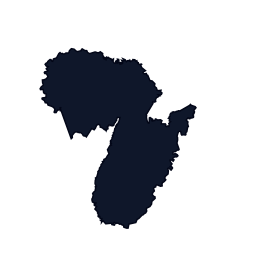 Zapotillo, Loja, Ecuador, rotated 340°
{"feature_id": "8360857B34607676191169", "entity_name": "Zapotillo", "entity_type": "district", "adm_level": 2, "iso_a3": "ECU", "parent_name": "Ecuador", "parent_adm1": "Loja", "projection": "mercator", "projection_center": [-80.325, -4.234], "detail": "fine", "context": "isolated", "style": "filled", "palette": "ink", "viewbox_px": 256, "rotation_deg": 340, "n_neighbors": 0, "source": "geoboundaries", "source_scale": "gbopen_adm2", "svg_char_len": 5837}
<svg xmlns="http://www.w3.org/2000/svg" viewBox="0 0 256 256"><g transform="rotate(340 128 128)"><path d="M171.9,103.8L169.3,103.3L168.2,102.2L168.4,100.1L167.1,97.8L168.4,95.6L166.8,92.1L164.8,90.9L164.6,85.3L163.9,84.6L163.8,83.0L161.8,82.7L161.0,81.4L161.0,80.9L161.6,80.5L164.0,80.1L161.6,76.1L161.3,73.5L162.6,72.8L162.3,72.4L160.7,72.3L159.7,71.5L159.4,70.7L159.9,70.6L160.0,70.1L159.2,69.5L159.3,67.8L158.0,67.9L157.8,66.2L156.0,65.4L155.8,66.0L153.2,66.5L152.9,64.9L152.1,65.5L151.4,64.7L150.5,64.6L149.2,65.1L148.7,62.9L147.0,61.3L147.4,63.4L146.6,63.5L145.2,62.3L145.4,64.3L144.9,65.5L144.4,65.5L144.0,64.4L142.9,63.7L142.9,65.5L142.5,65.5L142.0,64.8L142.2,64.2L141.2,62.7L140.6,62.7L140.0,63.5L139.5,63.1L140.3,61.9L142.4,61.7L142.7,60.4L141.6,59.7L141.4,60.8L139.4,61.0L139.0,61.5L139.5,62.3L138.0,62.8L137.2,62.2L136.3,59.1L137.5,59.2L137.9,58.2L137.1,58.4L135.5,57.7L135.6,57.0L134.5,56.4L133.7,54.9L132.7,54.9L132.2,54.0L131.6,54.2L132.3,55.2L131.5,55.5L130.8,56.4L129.8,55.5L130.7,54.7L129.7,53.5L129.5,54.6L128.8,54.5L128.7,53.3L129.5,52.7L129.0,50.8L129.7,49.3L128.0,46.9L126.5,47.3L124.4,46.5L123.8,45.7L122.9,45.3L117.4,45.0L115.8,43.2L115.7,41.2L114.0,40.5L112.0,38.0L111.1,38.3L110.6,39.3L106.8,39.0L105.7,38.2L104.3,35.5L101.9,34.1L99.6,35.2L98.8,36.0L98.6,36.9L97.5,37.1L95.3,36.3L93.0,36.8L91.9,35.5L91.3,35.6L90.3,34.8L89.9,33.9L88.5,34.4L84.8,37.7L81.6,37.6L80.0,39.6L79.3,39.2L79.0,37.4L78.1,37.0L75.5,38.0L74.5,39.0L73.2,39.1L71.9,39.8L72.4,41.9L74.0,43.1L71.4,44.4L72.4,46.7L71.8,47.0L68.8,46.8L68.3,47.4L68.5,48.4L69.5,48.8L70.0,49.5L70.4,52.4L68.0,53.8L65.6,54.0L64.0,53.6L63.2,56.4L63.3,57.9L62.9,58.9L60.7,59.6L58.9,61.0L58.9,62.0L61.5,62.8L60.8,66.0L61.5,67.2L62.6,67.9L62.6,68.5L61.3,71.2L57.9,70.5L57.4,70.6L57.2,71.5L58.8,73.6L58.9,76.0L60.3,76.5L60.8,77.8L60.7,79.1L63.7,81.5L65.2,83.3L65.7,85.6L64.0,87.8L64.4,88.5L65.7,88.9L68.2,86.9L69.1,87.5L70.1,87.4L71.1,85.7L71.7,85.9L70.8,87.3L71.0,88.0L70.5,88.7L71.1,88.9L71.0,118.6L72.4,118.0L73.0,115.9L76.0,114.0L77.5,113.7L79.3,114.6L79.6,115.2L80.3,115.2L81.1,116.0L82.2,116.2L83.2,118.3L83.3,119.7L84.0,120.5L85.4,121.1L85.8,122.1L93.7,116.1L95.6,118.1L97.3,117.0L99.7,114.4L100.4,114.6L101.2,114.2L102.5,115.4L102.6,116.7L102.2,117.6L104.0,119.1L105.1,121.2L105.8,121.3L105.9,122.2L106.6,122.3L106.6,123.1L107.7,122.0L108.9,121.9L109.2,120.6L108.9,119.9L110.0,119.3L110.6,119.5L111.0,118.6L111.8,118.7L113.0,120.2L113.8,120.0L114.2,120.7L115.4,120.7L117.0,118.6L117.9,118.5L119.0,117.2L119.8,117.2L120.0,116.3L121.6,114.4L124.0,115.4L121.9,118.6L118.8,121.4L118.6,120.9L117.5,121.8L117.5,122.4L117.0,122.4L116.2,123.8L115.5,123.9L113.9,126.6L113.0,127.6L112.5,127.6L112.6,128.6L111.5,129.3L111.4,130.1L110.8,129.9L110.6,131.2L109.7,131.6L109.3,132.7L108.2,133.6L107.4,133.9L107.3,134.7L107.0,134.5L106.7,135.1L106.8,136.4L106.3,136.7L106.9,137.0L105.7,138.1L106.0,138.4L104.8,138.5L101.3,141.4L101.3,145.9L99.5,146.8L96.8,149.1L94.6,149.3L93.9,151.0L92.5,150.8L92.6,152.1L90.2,153.2L89.5,154.7L87.5,155.9L86.8,157.4L84.7,158.8L84.5,159.8L81.8,163.5L80.3,163.9L80.4,164.8L79.4,165.9L78.1,168.8L78.0,170.1L78.4,171.8L77.2,172.0L77.1,173.4L76.2,174.6L76.2,175.5L73.3,176.8L72.3,177.7L72.5,179.0L70.8,181.6L69.9,182.3L69.5,183.3L69.3,185.4L71.1,187.0L72.3,187.3L72.0,188.0L71.4,188.3L71.2,187.3L70.5,187.4L69.9,189.2L71.6,191.0L69.2,192.8L71.1,197.0L70.3,197.4L70.7,198.9L70.1,199.7L70.8,200.8L69.8,201.1L70.2,201.7L71.1,201.9L70.8,203.8L72.4,204.2L71.6,205.5L70.8,205.7L71.5,206.3L70.9,207.6L71.8,207.0L72.9,206.9L74.3,210.4L79.9,211.8L80.2,212.1L79.8,213.2L81.9,214.6L82.3,214.4L81.9,213.6L82.0,212.2L82.9,212.0L83.9,213.6L85.0,213.5L86.6,214.5L87.0,215.4L88.6,215.9L89.2,217.0L90.5,217.9L90.2,219.8L92.4,221.6L93.8,222.1L96.0,218.6L103.0,219.5L105.3,217.0L107.1,216.8L111.4,214.7L112.7,214.7L113.7,214.1L115.6,213.8L117.2,212.4L117.4,210.7L118.1,209.7L121.7,209.3L124.1,207.6L125.3,205.1L129.4,203.4L129.8,201.9L129.0,201.2L128.0,199.3L129.0,197.3L131.2,196.2L131.3,193.8L132.0,192.8L133.9,192.8L134.5,191.6L135.7,191.2L138.7,193.9L140.3,194.1L140.8,192.2L141.7,191.2L143.8,190.7L145.8,189.6L145.2,187.8L146.5,186.2L149.9,184.9L151.2,182.2L151.5,179.7L152.3,179.5L153.3,180.1L153.4,181.4L154.1,182.3L156.1,180.9L156.2,180.3L155.7,179.3L154.6,178.6L157.1,176.8L156.3,174.4L156.4,172.8L156.7,172.4L157.6,172.6L159.1,174.6L160.3,173.7L159.4,172.8L159.6,171.9L161.9,171.0L163.9,171.8L165.4,171.2L165.2,170.1L164.3,168.8L163.4,168.2L161.7,168.2L161.2,167.6L162.2,165.9L164.3,166.4L166.7,165.6L168.0,166.0L168.7,165.5L168.8,158.9L170.5,156.3L171.3,153.9L171.2,152.6L173.5,149.5L174.6,148.6L175.9,148.9L176.3,149.5L175.9,152.1L176.1,153.0L178.2,153.4L179.4,154.2L180.1,154.0L180.7,152.1L182.0,151.6L184.3,147.6L185.2,147.3L185.5,144.3L186.4,142.8L185.4,140.4L187.9,138.9L188.3,139.1L188.6,140.3L189.6,140.4L190.0,139.7L190.9,139.8L191.2,140.4L193.1,140.4L193.7,139.2L193.2,138.5L193.8,138.0L193.8,137.2L194.1,136.8L194.8,137.0L195.0,136.3L195.4,136.4L196.0,135.6L195.8,134.0L198.8,132.2L198.4,130.9L195.2,128.3L194.7,127.2L193.7,127.8L182.7,129.7L181.1,129.0L180.7,129.4L179.0,128.9L177.9,129.3L176.3,128.4L175.6,128.7L175.1,128.2L174.4,128.9L173.1,128.8L172.0,130.0L171.8,131.2L170.8,131.3L170.4,132.2L169.3,132.7L170.3,133.7L169.2,135.4L170.2,136.7L167.9,137.7L167.9,139.3L166.8,140.4L166.2,139.7L164.5,139.7L164.0,139.2L164.7,137.6L164.5,136.9L160.7,135.5L161.5,133.6L162.4,132.8L161.4,131.4L158.5,130.6L157.2,129.0L156.7,129.0L155.8,130.1L153.1,129.7L152.9,129.0L154.2,128.3L152.3,125.7L151.6,125.8L149.6,130.5L148.8,130.4L148.4,129.1L148.5,126.7L148.9,124.4L149.8,122.5L149.8,121.1L150.7,120.9L159.8,113.5L159.7,112.5L160.1,112.0L161.8,112.7L163.1,112.6L163.4,110.9L165.1,109.2L166.8,109.1L167.7,108.5L168.7,108.6L167.8,107.1L170.0,108.0L170.9,107.8L171.9,106.7L171.0,105.3L171.9,103.8Z" fill="#0f172a" stroke="#020617" stroke-width="1.5"/></g></svg>